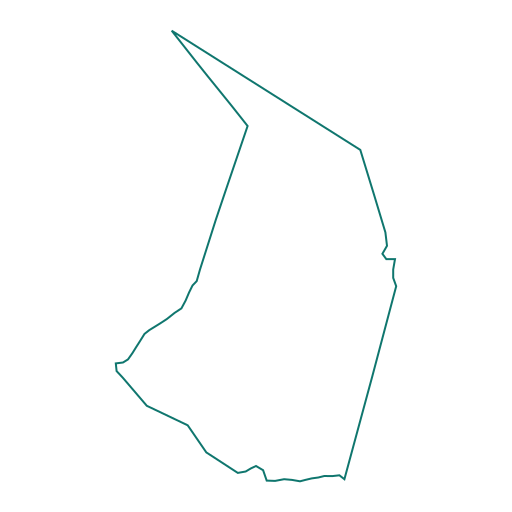 Cruz do Espírito Santo, Paraíba, Brazil
{"feature_id": "56859067B4098892245572", "entity_name": "Cruz do Espírito Santo", "entity_type": "district", "adm_level": 2, "iso_a3": "BRA", "parent_name": "Brazil", "parent_adm1": "Paraíba", "projection": "natural_earth1", "projection_center": [-35.118, -7.129], "detail": "fine", "context": "isolated", "style": "outline", "palette": "teal", "viewbox_px": 512, "rotation_deg": 0, "n_neighbors": 0, "source": "geoboundaries", "source_scale": "gbopen_adm2", "svg_char_len": 844}
<svg xmlns="http://www.w3.org/2000/svg" viewBox="0 0 512 512"><path d="M344.4,479.2L372.2,376.7L396.2,286.2L393.2,277.9L393.2,269.5L395.0,259.1L386.3,259.1L382.4,253.8L387.0,245.8L385.4,232.4L374.3,195.6L360.3,149.9L171.7,30.7L196.9,62.7L207.2,75.6L231.4,105.5L247.6,126.0L225.6,190.7L215.8,219.8L200.0,269.5L196.7,281.1L192.5,285.5L189.1,292.4L185.6,300.6L181.4,308.4L174.7,312.8L166.9,319.0L160.0,323.5L155.0,326.6L149.3,330.1L144.5,333.9L139.5,341.9L136.1,347.2L132.5,353.0L128.0,359.4L123.0,362.5L115.8,363.4L116.6,371.1L122.7,377.6L146.8,405.8L174.7,419.1L187.7,425.3L206.3,452.4L237.8,472.9L245.7,471.5L250.9,468.4L256.0,466.0L263.1,470.2L266.7,480.6L275.1,480.9L284.1,479.2L292.0,479.9L300.0,481.3L305.4,479.9L311.7,478.4L318.3,477.5L324.3,476.0L332.3,476.1L339.4,475.3L344.4,479.2Z" fill="none" stroke="#0f766e" stroke-width="2"/></svg>